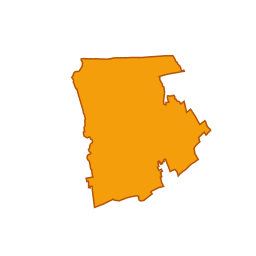 outline of Mihai Eminescu, Botosani, Romania, rotated 32°
{"feature_id": "2599482B56977001468724", "entity_name": "Mihai Eminescu", "entity_type": "district", "adm_level": 2, "iso_a3": "ROU", "parent_name": "Romania", "parent_adm1": "Botosani", "projection": "mercator", "projection_center": [26.565, 47.773], "detail": "fine", "context": "isolated", "style": "filled", "palette": "amber", "viewbox_px": 256, "rotation_deg": 32, "n_neighbors": 0, "source": "geoboundaries", "source_scale": "gbopen_adm2", "svg_char_len": 5667}
<svg xmlns="http://www.w3.org/2000/svg" viewBox="0 0 256 256"><g transform="rotate(32 128 128)"><path d="M181.5,169.0L181.8,168.4L183.1,166.5L185.1,163.2L185.9,162.0L186.2,161.6L187.6,160.3L189.1,158.6L186.8,157.2L186.3,157.0L185.6,156.5L184.1,155.2L183.5,154.5L182.9,153.7L182.7,153.5L181.8,153.0L181.6,152.7L182.3,151.9L181.8,151.7L182.1,150.9L180.1,149.9L180.4,149.2L179.0,148.4L180.1,146.5L178.1,145.3L176.7,147.6L173.7,145.7L174.6,144.2L173.2,143.2L172.6,142.6L173.0,142.0L171.2,140.7L171.7,139.6L172.8,140.2L173.0,139.9L175.2,141.4L175.6,140.8L175.4,140.7L176.0,139.7L175.1,139.1L176.4,137.3L175.2,136.4L176.2,134.6L184.1,140.4L185.8,141.9L186.8,142.6L187.1,142.2L187.5,141.5L188.2,140.4L189.7,138.3L190.0,138.3L190.6,138.5L192.0,138.9L192.5,139.2L194.0,140.0L194.3,140.3L194.3,140.5L194.5,140.7L195.2,141.2L196.0,142.0L196.3,139.6L197.8,135.1L198.1,134.6L198.7,133.3L198.8,133.1L199.9,128.8L199.8,128.7L200.4,126.3L201.0,124.7L202.8,121.1L203.0,120.5L203.0,120.3L204.3,117.4L204.2,117.3L203.7,117.1L203.2,116.9L202.7,116.7L202.1,116.4L201.5,116.0L201.2,115.7L199.7,115.1L199.2,114.7L198.7,114.5L198.2,114.2L197.9,114.2L198.0,113.8L196.2,111.8L195.7,111.3L195.5,110.9L195.4,110.8L194.9,110.7L194.9,110.3L194.9,110.1L194.7,109.3L194.6,109.2L194.6,108.8L195.1,106.1L195.1,105.8L195.3,104.6L196.2,101.5L195.2,101.0L194.5,100.0L193.0,98.8L194.8,91.1L197.9,92.7L198.4,91.1L198.2,90.6L198.6,89.2L199.3,86.2L197.8,85.4L196.3,85.2L194.6,84.7L193.6,84.1L193.4,83.8L192.9,83.7L192.5,83.4L191.7,82.6L191.3,82.1L190.7,81.6L190.4,81.4L189.9,81.4L189.3,81.1L188.8,82.6L188.3,83.7L188.2,84.1L187.9,84.7L187.1,87.0L183.2,84.9L179.0,82.5L171.1,78.9L169.4,83.7L161.4,75.6L160.5,78.3L160.0,79.7L159.3,79.6L158.7,78.9L157.5,78.5L156.9,78.5L155.7,79.3L153.6,78.2L153.1,78.2L152.6,78.5L152.4,78.5L152.1,78.3L151.6,77.8L151.5,77.5L151.4,77.0L151.3,76.8L151.1,76.7L150.7,76.6L150.3,76.3L149.9,76.1L149.6,76.2L149.3,76.2L149.3,76.3L148.7,76.8L148.4,77.1L147.9,77.8L147.6,78.1L146.9,78.4L146.6,78.8L145.7,79.1L145.1,79.4L144.5,79.8L145.4,81.5L146.8,82.9L147.7,83.6L148.5,84.0L148.8,84.2L148.9,84.5L147.2,85.9L146.7,86.2L147.9,88.4L145.5,88.7L143.4,85.4L140.2,78.4L137.5,75.3L137.2,74.7L136.8,74.5L136.8,74.4L136.7,74.3L136.1,74.1L135.5,74.3L135.1,74.2L134.9,74.1L134.6,73.5L133.9,72.6L133.0,72.1L132.7,72.1L132.3,71.7L131.7,71.6L131.2,71.1L129.8,70.4L129.4,70.1L129.1,69.7L128.8,69.3L128.7,68.9L128.5,68.5L127.6,68.3L127.1,67.9L128.5,66.3L128.9,65.9L134.0,60.4L134.4,60.2L135.2,59.5L136.7,58.0L140.0,55.2L142.4,52.9L143.7,51.7L144.2,51.3L144.8,50.8L145.7,50.1L144.8,49.4L144.6,49.5L144.1,50.2L143.9,50.4L143.4,51.1L143.2,51.1L142.4,50.6L142.1,50.5L141.8,50.2L141.4,49.6L139.4,48.1L138.5,47.8L137.7,47.7L137.0,47.5L136.2,47.3L135.9,47.2L135.2,46.6L134.3,46.1L133.8,46.3L133.4,46.2L132.7,45.8L131.9,45.2L130.4,44.2L127.8,42.9L127.7,42.9L127.2,43.3L125.8,44.1L125.1,44.7L121.2,47.1L120.1,47.9L117.7,49.7L111.7,54.0L110.2,55.1L109.3,55.7L108.7,56.3L107.7,56.9L106.3,58.0L105.0,58.9L103.1,60.4L101.9,61.2L95.2,65.3L92.2,67.3L91.8,67.5L91.1,68.2L89.5,69.2L89.1,69.6L88.8,69.7L88.4,69.8L88.1,70.1L87.1,70.8L86.4,71.3L85.4,71.8L79.4,75.7L78.4,76.5L77.4,77.6L76.8,78.0L76.9,78.3L76.7,78.5L75.9,79.0L73.6,80.9L70.0,82.9L68.4,84.0L65.4,85.5L62.2,87.6L61.3,88.3L60.0,88.8L59.0,89.6L57.3,90.6L56.3,91.2L56.3,91.3L56.1,91.3L55.9,91.4L55.3,91.8L54.6,92.0L54.1,92.3L53.4,92.7L52.9,93.3L51.7,94.1L51.9,94.7L52.2,95.1L53.0,95.6L53.5,95.8L54.2,96.2L54.7,96.7L55.0,97.1L55.2,97.4L56.3,99.7L56.5,101.0L56.4,102.7L56.5,105.0L56.3,105.7L55.9,106.4L55.6,106.6L55.1,106.8L54.3,107.5L53.9,107.8L53.5,108.2L53.0,109.5L53.0,110.3L53.2,111.7L53.6,112.1L53.7,112.5L53.7,113.2L53.6,113.8L53.4,114.8L55.3,115.7L55.9,115.9L56.2,116.1L56.7,116.6L56.8,116.8L57.3,118.1L57.4,118.3L57.6,118.5L58.4,118.7L60.4,120.4L62.5,121.9L63.0,122.1L63.8,122.4L64.1,122.5L64.4,122.3L65.7,123.7L72.4,129.7L72.7,130.0L72.8,130.0L80.3,136.7L81.4,137.8L81.9,138.5L82.1,138.8L83.3,139.5L84.0,140.0L86.7,142.4L86.8,142.5L87.2,144.1L87.7,145.0L88.9,146.6L89.1,147.1L89.8,147.8L90.0,148.2L90.2,148.5L90.3,149.2L90.3,149.8L90.4,150.5L90.6,151.1L90.8,151.4L91.2,151.7L91.5,152.3L92.1,152.8L92.3,153.1L92.8,153.4L93.0,153.6L93.0,153.9L93.0,154.1L92.8,154.3L92.5,154.4L92.4,154.5L92.4,155.1L92.6,155.5L92.8,155.8L93.8,156.9L94.6,157.7L95.2,158.1L95.5,158.1L96.7,158.0L97.7,158.1L98.8,157.9L99.0,157.6L100.0,156.1L100.7,156.1L101.5,156.7L102.2,157.2L102.5,157.1L103.0,156.9L103.3,156.9L103.5,157.0L104.4,157.6L104.8,158.1L105.2,158.4L105.4,158.7L105.5,159.3L105.5,159.5L105.3,159.7L104.9,160.5L104.7,161.5L104.8,161.7L104.9,162.2L105.1,163.7L105.3,164.1L105.8,164.7L106.2,165.9L106.2,166.1L106.1,166.3L105.8,166.9L105.8,167.2L106.2,167.6L107.1,168.2L108.3,168.6L109.3,168.7L109.7,168.9L109.8,169.0L109.8,169.6L109.8,170.1L108.5,171.4L108.3,172.2L108.3,173.1L108.7,174.4L109.2,175.1L109.5,175.4L109.8,175.7L111.3,176.4L112.6,176.7L112.9,176.8L115.4,179.4L117.1,181.4L118.5,182.7L118.9,182.6L119.6,183.1L120.1,183.7L120.5,184.1L121.5,185.6L123.6,187.7L124.2,188.2L119.1,192.8L119.7,193.4L120.7,194.4L121.4,195.2L122.1,194.7L122.7,194.2L123.7,195.6L126.2,199.4L127.6,198.8L126.8,197.6L128.1,196.7L128.6,196.5L128.7,196.9L129.4,197.7L129.7,198.3L141.7,213.1L142.1,212.6L147.6,205.3L147.6,205.1L147.9,204.6L148.2,204.5L148.4,203.9L148.9,203.2L149.1,202.8L149.4,202.4L149.6,202.0L150.0,201.6L150.2,201.0L150.5,200.6L151.5,198.9L152.0,198.3L152.7,197.1L153.0,196.7L152.9,196.3L154.3,196.4L155.9,195.9L159.1,194.4L160.7,192.2L162.4,190.1L163.6,188.3L166.5,185.2L171.6,180.6L173.1,180.5L175.2,182.9L176.1,183.4L177.2,183.2L179.9,181.0L179.9,180.7L183.4,171.0L182.3,170.5L181.2,170.2L181.5,169.0Z" fill="#f59e0b" stroke="#b45309" stroke-width="1.5"/></g></svg>